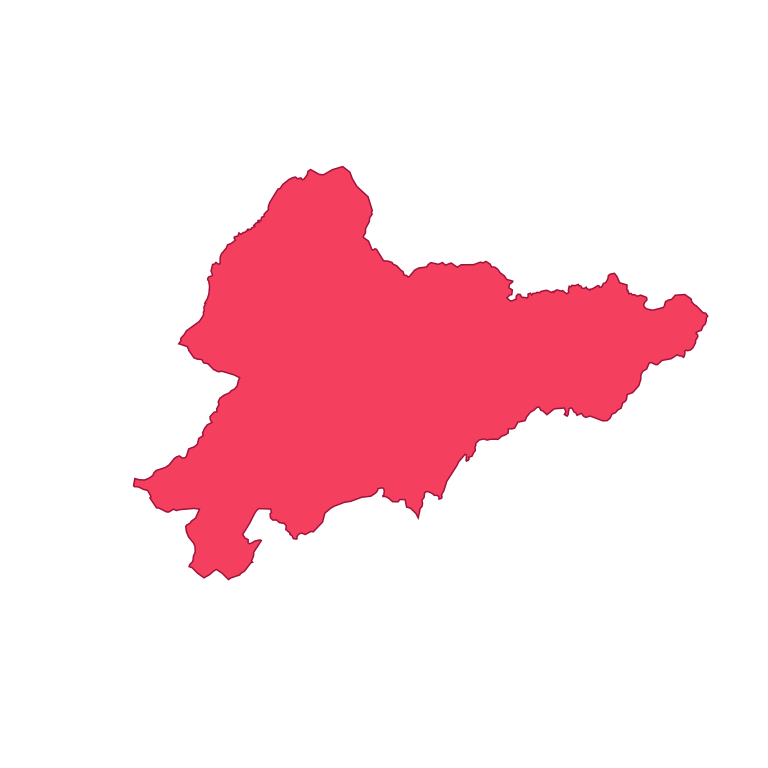 Beroroha, Atsimo-Andrefana, Madagascar, rotated 41°
{"feature_id": "10022922B39697778193382", "entity_name": "Beroroha", "entity_type": "district", "adm_level": 2, "iso_a3": "MDG", "parent_name": "Madagascar", "parent_adm1": "Atsimo-Andrefana", "projection": "natural_earth1", "projection_center": [45.328, -21.505], "detail": "fine", "context": "isolated", "style": "filled", "palette": "rose", "viewbox_px": 768, "rotation_deg": 41, "n_neighbors": 0, "source": "geoboundaries", "source_scale": "gbopen_adm2", "svg_char_len": 6170}
<svg xmlns="http://www.w3.org/2000/svg" viewBox="0 0 768 768"><g transform="rotate(41 384 384)"><path d="M592.4,167.5L592.6,166.6L591.3,163.9L589.4,161.6L589.8,160.4L591.2,159.8L592.9,157.5L593.4,154.5L592.1,148.5L590.6,146.8L589.8,142.4L588.4,141.1L586.0,140.9L586.3,138.6L588.3,135.4L586.8,131.0L587.1,128.0L585.8,125.0L583.9,122.6L583.8,120.4L580.4,119.5L577.9,120.9L568.6,120.1L565.9,120.6L562.4,120.1L559.9,118.3L552.3,119.1L545.5,126.0L545.6,131.3L543.5,134.2L542.4,137.2L544.5,141.4L544.5,143.2L538.4,152.0L533.0,155.0L530.2,155.1L528.1,154.0L527.2,151.4L527.3,148.1L525.4,146.4L519.4,148.5L517.6,151.5L514.5,152.3L512.7,153.8L511.0,153.6L509.4,155.3L508.2,154.1L507.0,154.3L506.6,153.2L505.3,153.5L502.5,149.8L495.4,153.0L489.2,150.0L485.3,149.3L482.8,152.4L482.2,154.9L483.9,157.7L484.8,161.3L484.6,162.9L483.6,164.0L484.6,167.8L483.4,169.5L481.8,168.9L480.8,169.5L478.7,175.9L477.4,177.0L477.8,178.1L474.4,178.8L473.1,178.2L472.4,180.6L470.4,181.8L468.6,180.9L466.6,181.8L465.4,181.3L463.4,184.8L461.1,186.1L461.2,188.2L459.6,188.7L461.7,192.5L463.4,193.5L462.5,196.2L457.6,196.2L457.0,197.5L452.7,199.5L451.8,201.9L452.2,203.3L450.8,203.3L450.2,205.1L445.6,206.3L444.0,208.0L441.6,211.4L441.6,213.0L439.4,214.3L439.0,215.9L437.0,217.9L437.1,219.9L435.0,219.4L433.7,221.5L435.6,223.8L435.5,225.0L431.0,228.1L428.1,227.1L426.2,228.3L426.1,230.8L428.0,233.2L426.1,237.2L424.7,238.4L420.2,238.4L420.6,234.2L421.8,232.8L419.2,228.8L415.1,229.4L413.3,226.5L414.1,222.9L413.7,221.9L407.9,224.6L403.6,223.4L398.9,223.9L394.4,222.8L391.0,223.1L388.5,225.0L385.2,223.9L380.5,224.6L379.2,227.7L376.8,228.8L373.3,235.2L364.0,243.4L362.6,247.8L355.3,248.6L352.3,254.1L348.5,253.9L346.5,258.0L339.8,261.6L339.0,264.7L339.3,267.8L334.2,273.5L332.4,278.0L332.7,286.1L331.8,287.5L329.8,287.3L327.9,288.6L324.4,286.6L322.6,287.1L316.0,286.4L312.5,287.6L310.3,287.0L306.4,288.6L302.9,291.3L290.0,287.3L288.5,287.9L287.7,290.2L286.5,290.4L278.6,286.3L272.4,286.9L271.5,286.0L270.9,282.2L268.1,278.7L266.4,271.1L264.1,267.9L263.7,263.7L262.0,262.7L261.4,260.8L249.2,253.2L233.9,252.7L225.5,249.9L219.2,246.5L210.2,247.0L204.5,256.0L201.0,266.0L197.5,268.3L187.9,270.3L187.1,273.3L188.8,276.6L189.2,281.7L188.4,283.4L186.0,283.0L184.1,285.9L181.5,285.8L179.7,288.2L178.1,291.9L176.7,299.8L177.3,304.6L176.1,306.5L178.6,321.7L180.3,326.0L182.4,328.3L182.1,334.5L183.5,336.3L182.2,338.5L183.9,341.3L181.7,343.0L182.1,344.1L183.5,343.8L181.9,346.3L181.7,349.7L183.1,349.7L181.7,353.2L182.1,355.1L179.7,356.3L179.7,357.2L180.5,357.5L179.7,358.7L179.8,360.3L178.4,361.9L177.8,365.0L175.4,365.1L176.7,368.1L174.6,371.0L175.1,372.2L177.5,372.9L176.4,378.3L174.6,381.6L175.8,384.7L175.9,392.4L177.3,396.0L181.3,400.7L180.7,402.1L177.4,402.5L177.3,404.9L176.2,406.2L179.3,412.2L182.9,414.1L183.1,415.4L181.5,418.1L181.6,419.7L182.5,421.0L184.2,421.3L188.2,424.7L192.6,430.6L194.7,435.4L195.7,440.6L196.6,440.2L197.5,443.9L200.4,446.9L200.4,448.0L202.6,450.6L203.6,457.8L200.0,473.6L200.8,477.4L200.7,482.9L202.4,484.6L202.7,488.3L211.1,484.8L215.1,486.9L223.4,488.9L226.7,487.8L230.4,485.1L234.0,486.4L237.8,484.2L245.9,484.9L251.0,483.4L253.5,480.6L264.9,475.5L271.0,473.9L272.0,477.3L274.5,481.8L274.5,485.9L273.1,489.2L273.1,492.1L270.6,497.4L269.5,502.5L270.6,506.2L273.0,508.0L274.0,512.6L276.2,514.4L274.3,516.7L274.1,522.8L276.3,524.9L279.4,525.9L277.4,530.8L277.7,534.9L279.1,539.9L281.4,541.7L279.9,546.6L282.7,552.0L282.1,555.7L279.2,561.1L282.2,568.0L282.4,569.9L280.6,572.1L276.8,572.5L275.3,574.9L274.6,577.7L274.9,586.0L273.7,590.6L268.7,598.9L268.6,601.8L269.5,604.8L268.4,609.5L266.2,613.6L262.3,616.7L258.0,618.8L261.7,625.0L262.8,625.3L266.3,622.7L271.5,621.4L275.5,619.4L282.0,621.8L282.1,623.6L293.6,626.7L295.4,625.3L303.9,623.2L305.6,621.7L307.3,616.5L310.3,615.8L312.3,612.8L322.1,602.7L326.8,599.5L329.8,608.8L328.6,613.8L328.9,616.5L327.6,620.0L327.9,621.7L331.8,625.1L336.8,627.6L344.7,629.0L347.8,630.5L351.8,634.7L353.1,638.9L355.5,642.3L356.1,644.3L355.9,647.9L356.7,649.7L359.8,648.5L367.4,649.1L375.3,648.4L377.3,642.8L378.3,636.1L379.3,633.9L385.9,633.0L395.0,633.6L395.6,630.9L400.4,622.7L400.1,621.2L401.5,616.6L400.8,606.1L401.8,604.8L400.1,604.4L398.2,599.0L396.1,596.7L394.1,582.6L392.7,583.0L389.6,587.2L388.1,591.7L387.0,592.9L385.6,593.0L383.6,590.6L380.2,591.4L376.1,590.3L374.0,577.3L371.3,566.7L370.8,562.7L371.3,560.2L380.5,552.7L383.2,554.7L383.3,556.8L386.0,559.4L389.2,559.7L392.3,557.1L395.9,557.3L400.3,554.6L403.3,555.2L405.4,558.3L410.8,558.1L411.5,559.2L414.3,558.9L417.0,560.2L419.5,558.6L419.9,557.8L418.6,556.6L418.1,554.8L418.6,551.9L420.0,550.4L423.3,549.3L425.6,543.2L427.6,542.0L428.2,528.5L424.1,520.2L425.4,512.3L426.7,508.6L431.6,499.5L435.9,494.3L441.4,484.2L447.7,477.3L449.2,471.7L449.0,468.6L448.1,467.0L450.3,464.0L452.0,463.1L454.0,464.1L456.5,467.6L456.4,469.0L457.0,469.6L458.9,468.0L462.5,467.1L467.7,467.2L471.9,463.7L471.8,460.8L475.8,457.4L481.8,462.1L485.5,460.3L493.1,460.8L497.7,462.6L493.0,454.2L493.0,451.4L491.5,448.9L488.9,446.8L488.7,443.4L486.1,439.5L486.6,437.4L487.9,436.3L492.4,434.9L495.0,435.0L497.5,433.0L499.5,433.2L501.0,434.8L502.4,432.6L501.9,431.2L500.1,429.9L499.2,425.3L495.2,416.2L492.6,398.2L491.4,393.7L491.3,384.0L493.0,383.6L496.2,388.0L497.0,387.9L497.7,386.2L497.4,384.8L496.0,383.8L497.8,380.7L496.7,377.2L496.6,374.3L494.1,371.9L493.6,370.1L492.2,368.7L492.6,363.8L495.5,359.8L498.5,358.8L500.9,355.5L506.4,350.9L507.0,346.3L509.0,342.8L509.8,339.4L507.3,336.3L510.4,333.5L511.5,331.5L510.1,325.0L514.5,319.1L513.2,315.2L513.0,309.3L514.4,305.2L514.8,300.8L516.7,299.7L519.6,301.0L521.5,300.1L527.1,300.3L528.8,291.0L535.9,283.8L539.5,285.7L540.1,288.7L543.2,288.2L543.1,286.5L539.9,281.4L540.6,279.3L542.5,279.1L545.5,280.4L548.0,280.0L550.2,281.0L552.3,276.6L555.6,277.4L558.1,276.9L560.7,272.9L573.4,268.2L576.5,265.2L577.1,261.4L575.8,257.3L577.5,253.8L577.5,250.2L578.8,246.6L576.6,241.9L577.4,239.0L577.2,236.8L574.5,232.4L577.3,227.3L577.4,218.1L574.9,212.3L571.7,208.2L571.0,204.4L572.4,200.4L570.4,194.3L571.7,192.4L576.1,191.3L577.6,190.1L578.4,183.8L584.2,176.4L586.1,169.6L588.1,169.2L590.6,167.5L592.4,167.5Z" fill="#f43f5e" stroke="#9f1239" stroke-width="1.5"/></g></svg>